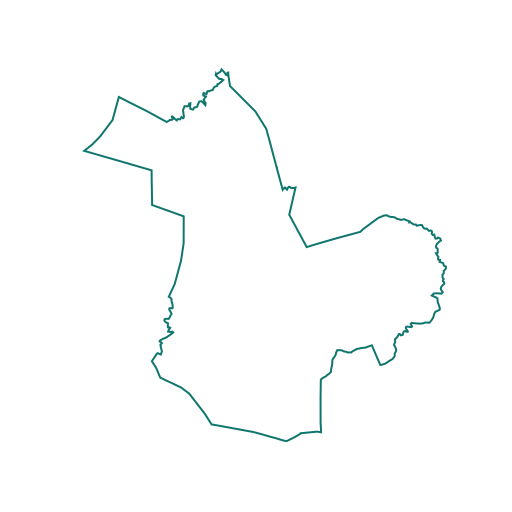 the district of Cosoltepec, Oaxaca, Mexico, rotated 283°
{"feature_id": "50627088B93922556769206", "entity_name": "Cosoltepec", "entity_type": "district", "adm_level": 2, "iso_a3": "MEX", "parent_name": "Mexico", "parent_adm1": "Oaxaca", "projection": "albers", "projection_center": [-97.794, 18.142], "detail": "fine", "context": "isolated", "style": "outline", "palette": "teal", "viewbox_px": 512, "rotation_deg": 283, "n_neighbors": 0, "source": "geoboundaries", "source_scale": "gbopen_adm2", "svg_char_len": 5102}
<svg xmlns="http://www.w3.org/2000/svg" viewBox="0 0 512 512"><g transform="rotate(283 256 256)"><path d="M331.6,279.1L330.9,277.9L330.6,276.8L330.2,275.4L330.1,274.8L330.7,273.9L330.9,273.1L330.9,272.5L330.5,272.2L329.9,271.9L328.7,271.5L327.6,271.3L327.7,271.0L328.1,270.6L328.8,269.8L329.3,269.1L329.3,268.7L329.1,268.4L328.0,268.0L327.4,267.7L327.0,267.1L326.7,267.0L346.7,256.3L346.6,256.6L347.0,256.5L347.1,256.1L360.1,249.2L372.6,242.6L376.0,240.8L376.6,240.3L377.7,239.8L382.1,237.5L396.7,222.9L415.8,192.4L427.3,187.9L428.5,187.7L428.2,187.0L427.2,187.0L425.5,187.4L425.7,186.1L427.7,184.0L430.1,180.5L427.7,180.0L424.0,176.4L424.5,176.0L423.1,176.0L420.3,180.3L420.7,182.7L420.1,184.5L415.3,180.9L414.8,179.8L413.0,180.0L411.5,177.5L410.0,176.9L408.0,176.5L406.9,174.3L405.9,173.2L406.0,172.6L405.6,171.6L402.5,171.3L403.1,168.3L402.5,168.1L400.6,168.5L400.0,171.3L396.4,169.8L393.5,172.6L391.6,172.7L393.7,169.6L394.5,168.0L393.9,166.2L393.3,165.9L390.0,165.2L388.3,165.2L387.5,164.1L387.3,163.5L386.7,162.4L384.4,161.6L384.7,158.9L387.0,158.1L389.1,157.9L390.1,157.7L389.5,156.6L387.2,156.4L386.5,156.0L385.9,152.7L381.7,152.1L375.2,154.5L374.4,154.4L373.8,153.9L374.6,152.1L372.2,151.4L371.6,148.6L370.3,148.3L370.9,146.9L373.2,143.3L372.9,142.7L372.0,143.1L371.0,144.4L369.9,143.6L369.0,141.2L368.2,140.7L366.5,138.8L373.0,115.6L377.1,98.5L380.1,86.6L356.1,85.6L350.8,83.2L337.8,77.4L328.3,71.7L319.8,65.0L316.0,135.0L303.2,138.1L287.7,142.0L282.3,143.3L278.4,176.6L276.8,177.0L252.3,182.6L234.7,184.0L218.3,183.4L210.4,183.1L201.9,181.3L197.5,180.4L196.7,180.2L196.1,181.9L194.9,183.5L193.0,183.8L190.6,185.3L188.8,186.0L187.4,186.4L186.3,186.3L185.8,183.9L185.5,183.4L184.3,183.5L181.6,186.1L180.6,186.7L177.8,185.9L176.3,185.6L175.2,185.2L174.4,181.9L173.9,181.2L172.7,181.2L171.9,181.8L171.2,183.0L170.6,185.4L167.3,185.9L166.8,186.2L166.6,186.4L167.1,187.6L166.7,188.6L165.1,187.9L163.4,187.4L162.6,187.4L162.7,189.3L163.5,191.8L162.9,192.5L161.3,191.3L159.6,189.9L156.1,186.5L154.3,183.9L152.5,182.0L151.5,181.2L150.9,181.5L150.6,182.7L149.9,183.9L147.9,182.8L146.7,183.6L146.0,183.6L141.9,185.8L138.6,185.4L139.2,182.0L138.5,181.4L130.1,178.2L124.4,184.0L116.0,190.0L114.6,196.1L111.0,212.6L106.8,222.0L90.6,241.8L89.8,242.6L81.9,250.6L82.1,253.6L82.5,262.2L83.6,286.8L83.9,292.6L83.8,296.4L83.7,298.2L83.7,300.8L83.6,302.1L83.1,310.4L83.0,315.1L82.6,320.7L82.5,322.4L82.4,324.8L82.5,327.5L88.5,334.8L90.3,336.6L92.8,339.3L93.3,339.3L98.6,355.0L98.7,356.5L98.8,358.0L98.9,359.1L108.3,356.4L124.7,352.6L131.5,351.0L150.0,347.0L151.7,348.0L153.2,349.6L154.4,351.1L155.5,351.8L156.3,352.2L156.9,353.1L157.7,353.7L159.0,354.5L159.9,355.1L161.1,354.9L162.4,354.7L164.6,354.6L166.0,354.7L168.6,354.4L170.4,354.0L172.7,353.9L174.7,354.8L176.2,355.4L177.3,355.7L178.2,355.9L179.7,355.8L182.5,356.3L182.7,357.6L183.1,358.8L183.4,360.5L183.1,361.7L182.8,362.9L182.9,364.1L182.9,365.8L182.6,367.2L183.2,368.8L183.3,370.3L184.7,371.4L185.9,372.7L187.0,373.9L188.2,375.3L189.1,377.5L190.1,379.5L190.6,381.1L191.1,382.7L192.0,384.3L192.7,385.2L195.0,389.0L180.1,399.9L177.8,401.6L178.2,402.7L179.0,404.2L180.0,405.9L181.3,407.2L182.6,408.5L183.8,409.5L186.2,412.1L188.6,413.3L190.1,413.6L192.0,413.1L195.0,413.9L197.2,413.2L199.1,411.7L200.5,410.4L203.5,411.0L206.2,410.2L208.2,411.6L210.1,412.3L212.0,412.7L212.4,413.6L211.8,414.3L211.3,415.0L212.0,416.6L214.9,416.8L215.9,417.3L216.3,418.0L216.2,419.8L216.2,420.8L216.8,420.9L217.7,419.8L218.4,419.0L219.5,418.2L220.5,418.1L221.3,419.3L221.6,423.3L222.4,423.9L224.6,422.0L225.8,422.9L226.2,426.2L226.5,428.1L226.9,430.7L227.9,433.8L229.2,435.8L230.1,440.1L232.3,441.2L235.7,442.5L240.5,442.8L242.2,443.5L243.7,445.6L244.9,447.0L246.2,447.0L249.1,445.3L252.5,443.2L255.5,442.4L256.1,440.9L257.0,436.2L259.4,437.6L260.2,440.0L260.6,441.8L260.8,443.4L261.0,445.2L262.7,446.1L265.1,443.6L266.1,443.3L267.9,443.6L269.4,444.4L271.4,445.7L273.0,444.9L273.6,443.6L274.7,443.7L275.6,444.1L276.9,442.6L278.3,442.3L279.7,441.9L280.7,442.5L281.7,442.8L283.8,442.3L285.6,443.5L286.7,443.8L288.4,443.5L288.6,442.2L289.0,441.1L291.1,440.0L291.4,438.4L291.5,436.3L293.6,436.3L293.3,434.7L294.0,434.0L296.2,433.9L297.5,432.4L299.2,430.8L299.6,432.1L300.8,432.2L302.4,431.7L304.1,431.3L304.6,429.8L305.3,429.4L306.0,429.2L307.3,429.3L308.5,429.5L309.4,430.1L310.8,431.1L312.0,432.0L312.7,432.7L314.4,431.6L314.7,430.3L314.9,429.1L313.7,428.4L313.3,427.0L314.6,426.0L317.0,424.9L316.3,423.5L317.2,422.2L318.5,422.2L319.8,421.7L320.2,420.6L319.4,418.9L319.9,418.1L321.1,416.3L320.7,414.7L320.7,413.8L321.6,412.3L323.4,410.9L323.3,409.7L322.7,408.0L321.7,405.9L322.6,404.8L322.2,402.8L322.6,401.4L323.1,400.3L323.5,399.0L323.2,397.7L324.3,397.8L324.6,395.3L324.9,393.5L325.2,392.1L324.2,390.0L323.8,389.1L323.9,387.6L324.0,386.5L324.0,384.5L324.8,382.9L324.8,380.8L324.4,378.8L324.4,376.7L324.9,375.1L325.1,373.9L324.6,373.1L324.4,371.9L320.7,366.7L319.0,365.2L306.5,354.5L303.0,352.2L297.6,342.1L291.4,330.5L282.1,313.8L276.1,303.4L281.1,299.0L291.2,290.1L303.7,279.1L310.5,279.1L324.5,279.1L331.6,279.1Z" fill="none" stroke="#0f766e" stroke-width="2"/></g></svg>